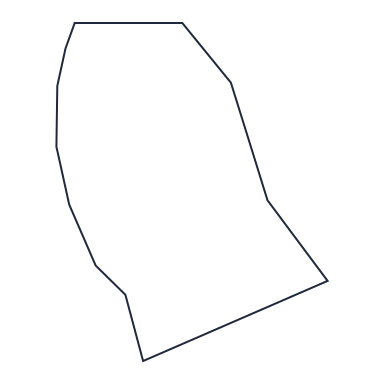 Al Bayda City, Al Bayda', Yemen
{"feature_id": "15242507B46514992266380", "entity_name": "Al Bayda City", "entity_type": "district", "adm_level": 2, "iso_a3": "YEM", "parent_name": "Yemen", "parent_adm1": "Al Bayda'", "projection": "natural_earth1", "projection_center": [45.571, 13.982], "detail": "fine", "context": "isolated", "style": "outline", "palette": "slate", "viewbox_px": 384, "rotation_deg": 0, "n_neighbors": 0, "source": "geoboundaries", "source_scale": "gbopen_adm2", "svg_char_len": 294}
<svg xmlns="http://www.w3.org/2000/svg" viewBox="0 0 384 384"><path d="M182.3,23.0L74.7,23.0L65.5,48.5L57.3,85.9L56.4,146.9L57.8,152.9L69.2,204.6L95.7,265.6L125.4,294.8L143.1,361.0L327.6,280.9L267.5,200.3L249.0,140.7L230.9,82.7L182.3,23.0Z" fill="none" stroke="#1e293b" stroke-width="2"/></svg>